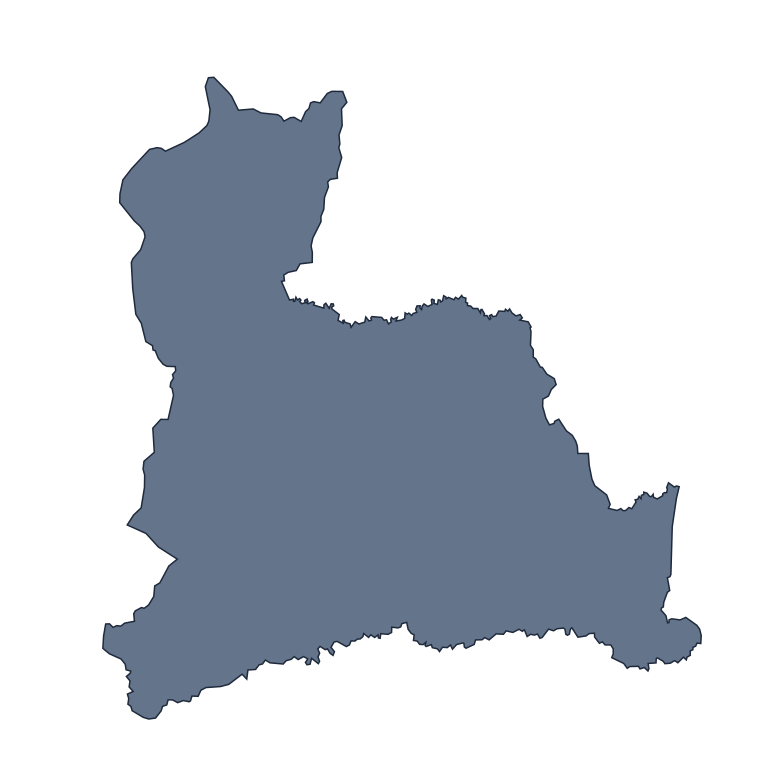 the district of Nong Khayang, Uthai Thani, Thailand, rotated 356°
{"feature_id": "78962969B47867684933269", "entity_name": "Nong Khayang", "entity_type": "district", "adm_level": 2, "iso_a3": "THA", "parent_name": "Thailand", "parent_adm1": "Uthai Thani", "projection": "natural_earth1", "projection_center": [99.965, 15.364], "detail": "fine", "context": "isolated", "style": "filled", "palette": "slate", "viewbox_px": 768, "rotation_deg": 356, "n_neighbors": 0, "source": "geoboundaries", "source_scale": "gbopen_adm2", "svg_char_len": 6152}
<svg xmlns="http://www.w3.org/2000/svg" viewBox="0 0 768 768"><g transform="rotate(356 384 384)"><path d="M363.2,89.3L352.4,88.4L347.7,90.2L340.0,99.1L333.6,97.4L330.3,98.5L328.3,104.0L324.8,106.8L319.7,116.3L312.9,111.7L309.2,111.8L302.5,114.8L299.9,110.2L296.7,107.9L280.2,105.0L272.7,100.5L257.9,100.7L252.1,86.5L248.9,81.9L235.6,66.2L230.2,66.2L226.5,74.9L229.6,98.3L227.6,109.5L225.4,113.8L216.9,120.7L201.5,129.1L182.2,136.5L178.4,133.4L174.1,132.4L166.5,133.6L147.5,151.3L137.8,162.1L133.9,175.7L133.0,184.7L146.3,203.9L151.6,209.5L155.3,215.5L155.9,220.5L150.7,232.9L142.2,241.6L140.4,245.2L140.0,271.3L141.3,297.2L146.1,306.4L149.4,325.1L155.7,329.6L156.0,334.0L158.1,334.8L160.7,342.7L165.0,348.9L168.6,351.2L177.0,352.1L177.1,356.4L173.7,359.8L174.4,363.5L171.4,367.7L170.5,371.9L172.3,373.6L173.2,380.7L166.1,404.3L158.9,403.7L150.3,411.9L150.1,436.1L139.2,444.3L137.7,452.0L138.9,458.1L137.8,470.7L133.1,490.6L125.0,497.3L118.0,506.7L136.2,516.5L147.6,530.9L165.6,544.3L156.7,550.5L146.5,566.8L141.2,569.4L139.5,579.9L133.7,588.1L129.1,591.0L126.4,590.1L120.0,593.0L118.3,595.7L118.5,603.3L108.5,604.5L104.6,607.2L100.5,606.4L96.8,607.9L93.4,604.1L89.6,604.0L86.7,615.8L85.1,628.1L91.3,634.0L102.5,640.0L106.3,645.5L106.8,651.1L111.3,652.7L110.8,654.7L106.6,657.8L109.9,662.5L108.6,668.4L112.3,673.2L106.4,675.4L107.4,680.0L106.2,685.6L109.0,687.9L110.0,692.4L120.5,699.7L126.0,701.8L132.8,701.3L138.9,694.5L140.6,690.1L144.9,689.0L146.6,684.0L151.1,684.4L155.9,687.5L161.8,685.8L167.4,687.4L168.8,686.7L170.7,681.9L176.8,682.6L180.0,676.7L185.2,674.4L199.9,674.4L208.2,672.8L222.2,663.6L226.5,668.8L228.3,659.8L236.0,659.8L239.7,655.5L243.3,654.8L246.4,651.1L250.8,654.2L263.9,656.3L267.1,653.2L272.2,652.2L275.4,649.7L279.1,652.9L284.8,650.3L288.8,653.0L286.2,656.2L287.6,658.7L290.7,658.4L292.6,652.6L299.0,658.4L300.4,656.1L299.1,651.7L301.0,648.1L299.5,643.7L301.8,641.3L306.9,644.9L309.2,644.3L311.4,648.8L314.2,651.2L315.9,647.6L312.8,643.0L316.2,637.9L319.3,637.5L328.1,643.3L331.3,641.9L333.2,638.0L337.1,638.4L339.6,636.6L342.4,636.7L345.3,634.6L346.3,631.5L351.0,635.7L353.3,633.3L357.0,636.2L360.6,633.9L360.7,636.9L362.4,637.4L363.4,632.9L370.6,634.0L374.2,632.4L374.8,627.1L380.8,628.3L383.7,627.5L385.1,624.3L390.0,623.4L391.0,630.5L393.7,634.6L396.6,636.4L395.5,641.9L399.1,642.7L401.4,646.2L404.9,646.7L407.7,644.6L406.8,647.8L407.7,648.8L413.1,647.3L413.8,650.4L418.8,651.9L420.7,654.8L424.0,650.7L428.7,651.4L432.1,649.0L433.8,653.3L438.2,649.0L444.7,647.8L445.6,648.2L445.8,652.0L447.4,653.3L455.8,650.1L457.5,645.7L463.9,646.0L466.9,644.0L471.0,646.6L478.4,641.1L485.7,642.0L488.6,638.8L495.2,640.8L501.6,638.1L504.7,640.3L506.9,639.1L509.2,645.9L512.8,643.9L516.5,645.0L519.6,644.1L521.8,648.5L524.1,647.9L531.1,640.0L535.9,642.0L539.6,640.2L546.1,640.0L547.4,641.2L547.9,646.3L549.4,647.4L551.5,646.5L552.8,641.7L554.4,640.3L559.8,650.1L568.0,649.4L571.2,647.3L576.5,647.3L576.5,651.2L580.8,657.7L583.8,656.4L586.3,659.7L592.0,660.1L594.2,664.3L593.8,669.3L592.1,672.9L603.7,679.5L606.8,684.6L609.4,683.0L618.2,683.4L619.5,686.1L623.9,685.0L627.3,688.7L628.4,686.6L628.0,681.2L635.9,681.2L636.4,677.0L637.5,676.2L643.3,680.2L644.7,682.6L650.2,682.5L654.6,680.2L657.7,682.6L663.7,677.4L666.3,680.3L667.3,677.6L670.6,676.0L670.9,671.6L673.6,670.6L673.8,668.3L676.6,667.3L678.2,664.3L681.9,665.0L682.9,657.1L681.8,650.7L679.3,646.6L668.8,637.9L662.9,640.0L654.8,638.3L651.9,639.1L651.6,641.9L650.2,642.0L649.1,634.8L644.6,628.8L645.1,626.8L647.1,625.9L647.9,621.1L652.2,611.5L654.6,610.0L653.2,596.9L655.8,596.2L656.9,594.0L661.6,546.4L667.7,518.6L671.3,507.0L668.6,506.1L666.5,507.1L660.9,502.4L658.7,507.2L659.4,508.4L658.3,512.2L656.2,511.9L654.4,513.0L654.2,514.9L648.5,517.7L645.0,515.8L644.8,512.8L642.9,515.0L641.2,514.7L638.7,511.2L635.6,510.0L635.4,512.3L633.0,513.0L632.4,516.3L630.6,513.9L629.1,516.7L626.4,517.1L627.2,519.3L622.5,525.7L619.7,524.3L616.2,527.1L613.6,527.0L611.6,524.8L607.7,526.4L599.2,523.7L601.2,519.8L598.4,510.2L587.2,500.2L584.8,493.4L583.0,479.3L583.0,467.6L572.5,466.8L572.5,459.2L571.2,454.2L568.2,448.3L562.7,443.5L555.9,431.3L551.8,433.0L550.9,435.2L546.2,436.3L543.1,429.3L540.7,417.5L541.4,410.2L547.2,407.5L550.5,401.2L555.7,396.6L554.2,390.5L547.2,385.6L543.0,378.4L541.1,378.0L537.1,369.4L534.8,367.7L535.3,360.2L532.8,355.7L534.3,342.0L533.6,338.1L534.7,337.4L532.1,332.0L523.9,329.7L526.6,327.7L524.7,324.2L520.5,325.3L516.7,322.1L514.5,317.9L512.7,320.0L510.4,317.9L509.5,320.0L503.6,319.2L500.5,324.1L497.1,324.3L496.2,322.3L494.0,323.1L495.0,326.3L493.7,327.1L491.5,322.9L488.5,322.8L489.1,320.9L487.0,316.5L485.9,316.5L485.1,319.7L482.8,315.2L478.1,314.9L475.8,312.2L472.7,311.6L473.0,309.1L471.1,308.1L471.7,304.1L468.4,302.8L467.7,301.1L464.2,304.5L461.4,302.5L459.7,304.8L454.3,302.1L452.0,303.4L451.9,301.6L449.7,300.1L448.2,305.2L446.3,306.1L445.9,304.4L444.1,303.8L442.7,308.3L439.5,307.1L440.0,303.9L437.9,302.7L437.1,303.4L437.4,308.0L433.1,309.7L429.5,306.9L427.4,309.2L426.7,312.3L425.2,310.5L425.5,308.5L422.4,308.4L420.8,311.7L421.7,314.9L418.1,315.6L416.4,317.6L413.8,315.0L412.0,316.0L410.0,314.5L409.2,320.0L406.0,321.4L400.3,322.0L402.0,318.4L397.8,319.9L396.1,318.1L395.1,320.1L395.6,322.5L392.7,324.4L391.0,320.1L388.5,320.4L386.3,317.4L376.6,315.9L375.5,317.2L376.0,319.3L373.5,320.1L370.5,315.9L369.1,320.9L363.2,322.4L359.6,319.8L355.1,325.2L354.4,321.7L349.3,319.7L348.6,317.5L347.4,317.8L347.5,320.5L342.6,317.3L344.2,311.6L337.2,305.4L337.3,303.7L339.3,302.5L339.0,300.6L336.9,300.3L334.6,304.7L331.6,299.4L329.7,300.6L329.2,304.1L319.3,300.3L320.3,298.1L318.7,296.9L313.8,298.7L312.0,297.3L313.9,296.7L313.2,293.9L310.7,295.1L311.0,297.4L307.7,298.2L305.7,296.0L307.0,294.5L305.8,292.9L303.5,294.1L302.2,291.3L300.7,295.4L299.5,295.2L299.5,293.1L295.6,293.6L288.9,274.5L291.9,274.1L291.6,268.3L296.2,265.9L304.4,264.7L308.6,258.3L320.9,257.7L321.7,247.8L320.9,241.2L323.2,233.3L332.5,217.6L332.8,212.3L336.1,205.6L337.7,193.6L342.3,183.5L341.9,178.5L344.8,176.1L351.9,175.5L352.0,170.0L357.6,155.1L355.4,145.1L356.7,141.5L356.5,132.4L360.3,123.4L360.8,106.5L366.6,100.4L363.2,89.3Z" fill="#64748b" stroke="#1e293b" stroke-width="1.5"/></g></svg>